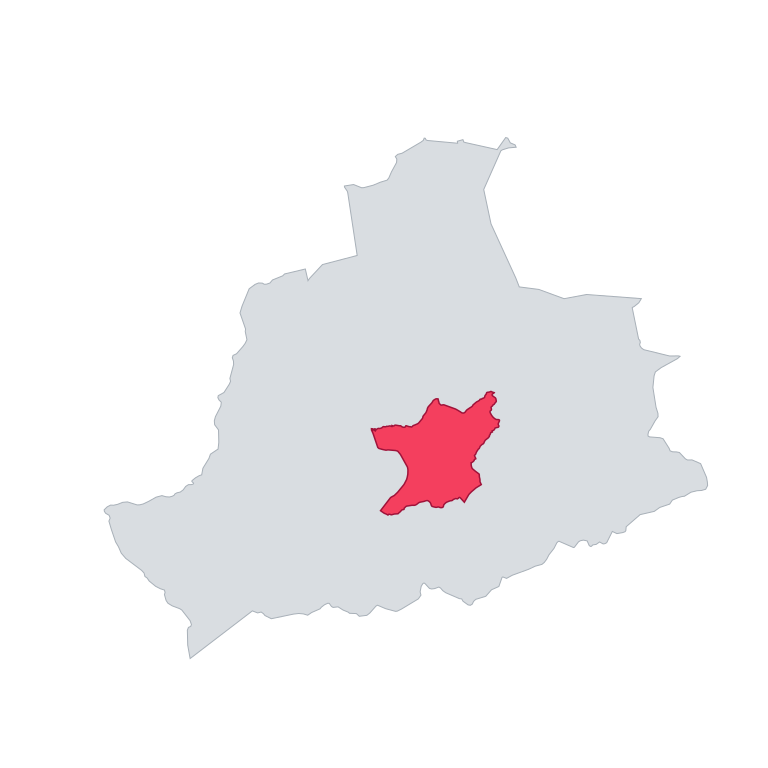 Cochabamba highlighted on a map of Bolivia, rotated 259°
{"feature_id": "BOL-1291", "entity_name": "Cochabamba", "entity_type": "Department", "adm_level": 1, "iso_a3": "BOL", "parent_name": "Bolivia", "parent_adm1": "", "projection": "natural_earth1", "projection_center": [-65.4, -17.184], "detail": "fine", "context": "in_parent", "style": "filled", "palette": "rose", "viewbox_px": 768, "rotation_deg": 259, "n_neighbors": 0, "source": "natural_earth", "source_scale": "10m", "svg_char_len": 8522}
<svg xmlns="http://www.w3.org/2000/svg" viewBox="0 0 768 768"><g transform="rotate(259 384 384)"><path d="M156.2,443.4L155.1,433.0L153.5,430.4L151.1,428.7L150.3,426.6L151.1,424.4L155.7,420.1L158.2,419.3L158.9,417.1L167.3,404.8L169.9,402.3L172.9,400.6L174.2,399.1L173.5,394.6L173.7,391.6L174.7,389.6L180.4,386.1L181.0,385.3L180.8,384.2L178.3,381.9L173.1,379.8L169.7,380.0L166.5,376.7L159.7,358.1L158.5,353.7L158.6,352.0L163.1,342.8L168.1,335.4L167.5,333.7L161.9,326.4L160.2,323.0L160.7,315.4L163.9,313.1L165.5,306.4L166.9,305.3L169.9,300.7L174.0,296.4L174.4,291.4L175.6,290.0L179.1,288.4L179.5,287.0L178.7,283.6L176.9,280.0L175.5,278.3L173.5,269.4L171.6,265.0L173.7,261.0L175.0,256.5L175.4,251.4L175.1,228.6L179.4,223.0L181.6,221.8L183.6,219.9L183.4,216.3L186.4,211.5L151.5,141.3L165.1,141.5L179.9,144.0L182.4,145.6L182.9,148.0L184.6,149.1L188.7,148.5L200.7,142.4L202.5,140.5L206.6,133.8L210.0,130.1L213.1,128.8L219.2,128.3L221.1,129.3L223.6,129.2L225.7,125.4L229.0,121.2L235.4,115.9L238.7,114.5L240.7,112.6L244.2,112.4L247.3,110.5L262.1,97.2L268.1,93.8L274.9,92.3L280.2,90.4L293.4,88.6L301.9,87.8L304.6,89.6L307.6,89.1L310.2,86.1L312.4,85.2L313.9,85.3L316.2,88.8L317.3,92.5L316.6,95.4L316.7,99.5L317.7,104.9L317.2,109.7L312.4,118.6L312.0,121.2L312.2,124.8L313.7,130.6L316.4,138.7L316.8,144.7L314.9,148.5L314.0,151.9L314.2,154.7L314.8,156.7L316.0,157.8L316.7,160.0L316.8,163.4L318.4,166.7L321.3,169.8L322.5,172.8L322.0,175.7L322.1,177.5L323.0,178.2L324.9,176.8L325.8,177.1L327.9,181.1L329.3,185.2L329.6,187.7L335.9,190.2L344.4,198.0L348.2,200.2L351.8,208.7L358.2,210.7L370.5,212.8L376.3,210.0L380.2,210.4L384.1,212.3L393.4,219.6L397.1,220.8L399.8,219.0L402.3,218.3L404.2,219.1L406.2,225.3L413.2,232.0L415.9,233.9L418.9,233.8L431.8,240.1L435.3,240.6L438.7,240.1L440.9,241.3L441.8,245.0L447.6,252.5L450.3,255.4L453.6,257.9L461.9,257.8L464.4,258.6L481.2,256.2L487.5,259.5L503.2,269.8L506.4,276.5L507.1,280.2L506.2,283.9L504.8,285.4L504.4,287.7L504.9,291.3L507.4,294.4L509.5,305.2L511.0,307.4L511.9,328.7L499.9,329.1L501.9,331.1L513.0,346.4L515.3,382.2L578.5,384.9L580.1,384.8L584.8,382.8L585.9,382.9L585.6,392.2L580.9,399.5L580.6,401.7L581.2,411.3L582.8,419.0L583.5,425.9L585.4,428.1L590.8,431.8L599.0,438.6L602.3,439.5L605.1,438.5L606.8,441.3L607.1,445.8L614.3,466.2L615.6,469.0L617.7,470.4L617.3,471.4L615.5,471.9L614.7,473.3L606.3,502.2L608.3,502.3L608.8,508.1L606.3,508.5L605.6,509.7L592.5,539.8L602.7,550.5L601.7,552.4L596.6,554.0L593.7,558.3L591.2,558.9L592.0,551.4L591.3,544.9L590.6,543.2L555.9,519.0L520.7,519.6L462.9,533.6L453.5,535.3L447.3,554.0L433.4,577.0L433.2,599.9L418.7,652.9L415.1,649.6L412.4,644.5L411.7,642.3L411.4,642.2L379.6,642.5L378.0,643.5L375.8,643.5L374.2,642.5L372.5,642.6L370.2,643.6L368.1,645.6L357.0,669.7L355.4,678.4L354.7,679.9L352.9,676.9L347.2,659.2L344.1,652.7L340.5,650.7L329.3,647.3L309.3,646.6L302.9,647.3L299.6,646.8L296.2,643.2L288.7,636.8L287.1,634.8L284.2,633.5L282.5,633.3L281.4,634.6L278.6,644.7L277.0,647.5L266.5,651.6L263.8,652.1L262.3,654.5L261.6,657.9L260.4,660.9L253.1,665.5L251.5,667.4L250.7,671.9L245.4,679.6L230.8,682.8L225.9,682.7L222.6,682.3L219.3,679.7L218.9,675.4L219.5,670.9L219.2,664.7L216.5,657.5L216.7,655.1L216.4,651.6L215.0,644.9L211.6,641.5L210.2,631.1L207.4,625.0L206.9,610.5L197.7,594.5L193.9,593.4L193.0,592.4L192.6,590.0L192.7,584.1L195.7,580.0L185.7,572.3L185.1,570.3L185.2,568.6L187.8,565.5L186.1,561.7L186.2,558.2L185.1,556.7L185.2,555.6L186.3,554.6L191.2,553.5L192.7,550.0L192.7,547.0L192.0,544.9L187.4,539.7L187.3,538.8L196.3,525.7L196.0,524.7L195.2,523.4L190.2,519.5L184.9,513.4L181.0,510.3L178.2,507.2L176.8,504.6L176.3,497.6L174.5,490.5L171.8,473.5L169.8,467.2L171.9,463.9L171.7,463.0L163.3,458.1L161.5,450.3L156.2,443.4Z" fill="#d9dde1" stroke="#a8b0b8" stroke-width="1"/><path d="M252.6,440.3L257.5,437.3L258.0,436.9L258.3,436.5L258.2,435.9L258.0,435.5L257.6,435.1L257.4,434.6L257.2,434.2L257.9,432.4L257.4,430.0L257.1,429.6L256.8,429.0L256.6,428.5L256.6,428.0L256.7,426.5L256.1,423.3L255.9,422.6L255.6,422.0L255.1,421.1L254.6,420.4L254.1,419.7L252.4,418.9L251.8,418.3L251.6,417.4L251.7,416.5L252.0,415.5L252.2,415.2L252.8,414.2L253.0,413.7L253.0,413.3L252.9,412.4L253.0,411.4L253.3,410.7L254.0,409.1L254.7,407.8L255.7,407.3L258.0,407.0L258.9,406.7L259.9,406.0L260.8,405.2L261.3,404.3L261.4,403.6L261.4,402.8L261.1,400.7L261.1,400.1L261.1,396.7L260.8,395.4L259.6,393.1L259.2,391.9L259.1,390.7L259.6,388.4L259.8,382.8L259.6,382.2L258.8,381.0L258.4,380.4L258.3,380.2L257.1,379.7L257.0,379.4L257.1,378.7L257.0,377.7L256.6,377.0L255.5,375.6L254.9,374.4L254.2,373.4L254.0,373.1L254.0,372.6L254.4,369.3L254.3,368.1L254.2,367.1L254.2,366.5L254.3,366.0L254.6,365.4L254.9,365.0L255.1,364.5L255.2,363.8L255.1,363.5L255.0,363.3L254.8,363.2L254.7,363.1L254.6,362.9L255.8,361.5L257.1,359.5L260.3,356.4L271.2,368.7L271.6,369.6L272.2,371.5L272.6,372.9L272.9,373.3L275.1,376.7L281.4,384.3L282.3,385.1L286.0,388.0L288.0,389.0L291.0,390.2L295.0,391.1L297.0,391.2L298.2,391.1L311.7,386.7L315.4,384.7L315.9,383.9L316.5,382.6L318.6,375.3L318.6,373.9L318.7,373.2L319.9,370.3L321.7,366.7L322.9,365.8L337.6,363.8L341.4,362.9L342.0,363.2L342.5,363.2L342.2,364.2L341.7,364.3L340.7,364.3L341.5,365.2L341.8,365.7L341.7,366.5L341.2,366.2L340.7,366.0L340.1,366.0L339.6,366.5L340.3,367.1L340.8,367.8L341.2,368.6L341.5,369.6L341.5,370.1L341.4,370.4L341.3,370.7L341.2,371.0L341.2,372.5L341.4,373.5L342.1,374.6L342.3,375.3L342.1,376.0L341.8,376.8L341.7,377.6L342.0,378.6L341.7,379.5L341.7,380.3L341.8,381.1L341.7,382.0L340.9,383.3L340.8,383.8L341.7,383.9L341.0,385.2L340.9,385.6L341.0,385.9L341.4,386.5L341.5,387.0L341.4,387.6L340.2,390.8L340.1,391.0L339.9,392.2L339.5,392.7L338.7,393.4L338.3,393.8L338.0,394.5L337.7,395.2L337.6,395.9L337.8,396.6L338.1,396.9L338.4,397.1L338.7,397.3L338.8,397.7L338.7,398.0L337.3,400.6L337.1,401.7L336.6,402.5L336.6,403.1L336.8,403.5L337.4,404.3L337.6,404.7L337.7,405.1L337.8,406.0L338.6,409.6L339.2,410.7L342.8,415.1L343.7,415.7L344.6,416.0L344.9,416.2L345.3,416.6L347.7,419.5L348.3,420.0L350.6,421.5L351.6,421.9L352.0,422.1L353.3,423.2L356.5,427.5L358.3,429.1L358.5,429.4L358.7,429.8L359.1,430.9L359.4,431.6L359.5,432.5L359.3,433.3L359.1,434.2L358.4,434.2L357.7,434.4L357.3,434.2L356.9,434.2L356.1,434.4L355.7,434.5L355.0,434.4L354.6,434.4L354.2,434.6L352.7,435.7L352.4,436.0L352.3,436.6L352.3,437.0L352.3,438.0L352.2,438.5L352.1,438.9L346.0,449.1L345.2,450.2L342.0,453.8L341.1,454.6L340.6,455.4L340.3,456.6L340.5,457.5L340.7,458.0L342.5,460.0L343.0,460.9L344.2,463.7L345.0,465.9L345.5,466.6L345.8,466.9L346.4,467.3L346.6,467.6L346.9,468.1L347.5,469.2L348.2,470.4L348.8,471.6L349.3,473.4L349.8,474.6L350.3,475.0L350.5,475.2L350.7,475.5L350.7,476.0L350.6,476.3L350.5,476.6L350.5,476.8L350.6,477.1L351.0,477.5L351.1,477.8L351.1,478.5L351.1,478.8L351.2,479.2L351.5,479.8L351.7,480.1L351.9,480.3L352.0,480.3L352.7,480.6L353.1,480.8L353.7,481.3L354.3,482.1L354.7,482.4L355.5,482.9L355.7,483.0L355.9,483.2L356.0,483.3L356.0,483.6L356.1,483.9L356.0,485.7L356.0,486.2L356.1,486.5L356.3,487.2L356.3,487.5L356.2,487.8L355.2,489.1L354.5,490.5L354.1,490.1L353.9,489.7L353.6,488.6L353.4,488.3L352.5,488.0L351.7,488.3L349.1,490.7L348.6,490.9L348.0,491.0L346.0,491.0L345.5,490.9L345.2,490.7L344.5,489.8L344.2,489.4L343.5,488.7L343.1,488.3L342.6,487.0L342.5,486.8L342.1,486.6L341.7,486.2L341.3,485.2L340.6,484.6L338.7,484.7L337.9,484.3L337.7,484.0L337.3,483.2L337.0,482.9L336.2,482.7L335.4,482.8L332.6,483.7L330.5,484.8L329.1,485.9L328.2,486.8L327.8,487.3L327.6,488.0L327.3,489.3L327.1,489.9L326.6,490.4L326.1,490.4L325.6,490.2L323.8,488.9L323.1,488.5L322.4,488.4L321.0,488.8L320.3,488.6L319.8,488.0L319.7,487.0L319.7,485.8L319.6,484.7L319.1,484.3L318.7,484.1L318.3,483.7L317.9,483.2L317.6,482.7L317.4,481.2L317.0,481.1L316.6,481.2L316.2,481.2L316.1,480.7L316.0,480.3L316.0,479.9L315.8,479.5L315.7,479.3L315.3,479.2L314.0,478.4L313.6,477.9L313.5,477.7L313.2,477.6L312.6,477.5L312.4,477.4L311.2,476.0L309.6,472.8L308.2,471.5L307.5,471.1L306.8,470.6L306.3,469.9L305.9,468.6L305.4,467.8L304.5,466.5L303.1,465.6L302.4,465.0L302.1,464.2L299.7,461.9L297.4,460.4L296.7,459.2L295.9,459.2L293.4,459.9L293.0,459.8L292.8,458.7L292.5,458.3L292.1,458.0L291.7,457.9L291.3,457.4L290.7,456.5L290.2,455.3L290.0,454.4L289.2,454.4L288.8,454.3L288.4,454.2L287.0,454.1L285.5,454.2L284.5,454.4L284.0,454.6L280.9,457.1L280.0,457.9L277.8,459.9L277.4,460.2L277.0,460.2L276.6,460.2L274.6,459.9L272.3,460.0L270.8,459.8L270.5,459.7L270.2,459.6L269.3,459.7L266.7,460.3L264.5,454.5L261.6,449.4L259.6,446.5L258.9,445.8L252.6,440.3Z" fill="#f43f5e" stroke="#9f1239" stroke-width="1.5"/></g></svg>